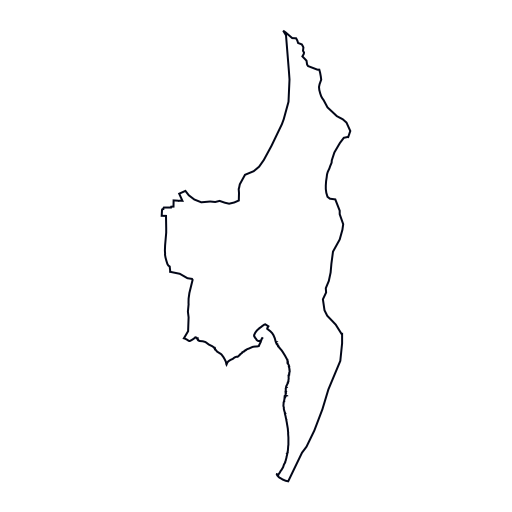 the district of Kotawaringin Barat, Kalimantan Tengah, Indonesia
{"feature_id": "22746128B93777795819955", "entity_name": "Kotawaringin Barat", "entity_type": "district", "adm_level": 2, "iso_a3": "IDN", "parent_name": "Indonesia", "parent_adm1": "Kalimantan Tengah", "projection": "orthographic", "projection_center": [111.727, -2.548], "detail": "fine", "context": "isolated", "style": "outline", "palette": "ink", "viewbox_px": 512, "rotation_deg": 0, "n_neighbors": 0, "source": "geoboundaries", "source_scale": "gbopen_adm2", "svg_char_len": 5761}
<svg xmlns="http://www.w3.org/2000/svg" viewBox="0 0 512 512"><path d="M288.2,481.3L302.0,452.7L306.5,446.7L314.3,430.6L322.4,409.3L328.4,389.4L340.3,360.9L342.1,343.3L342.1,333.9L341.6,334.0L335.7,324.6L327.2,315.7L324.5,310.3L322.9,299.3L326.1,292.5L325.8,288.2L328.8,281.0L330.6,272.6L331.4,263.7L333.0,251.6L339.7,239.5L342.4,229.8L343.2,224.2L339.7,214.2L339.7,210.7L335.3,199.4L329.9,198.7L327.5,196.8L326.3,192.8L325.8,189.0L325.8,185.4L326.1,181.1L326.7,177.2L327.0,174.6L327.3,173.4L327.8,171.8L329.4,168.4L330.1,166.3L331.6,162.7L331.8,160.3L334.4,152.4L339.9,143.0L343.8,137.8L347.6,137.0L348.2,137.1L350.3,131.0L346.5,122.6L342.8,119.3L336.9,116.2L327.5,107.4L323.6,100.1L322.3,98.3L321.2,96.3L320.2,93.4L319.3,90.0L319.0,87.0L319.6,84.1L321.2,79.7L320.8,76.5L320.1,72.7L319.3,69.7L317.5,69.7L308.1,66.1L307.1,64.6L306.5,60.7L302.4,56.4L303.8,53.9L304.0,52.5L303.0,50.8L303.4,47.5L303.0,46.5L301.8,44.4L298.1,43.0L297.3,40.5L296.1,38.3L292.2,38.1L285.7,32.5L283.2,30.7L286.0,35.3L288.9,71.1L289.5,79.5L288.5,101.8L283.7,119.3L281.9,124.2L271.4,146.0L263.8,160.0L259.1,166.7L253.7,171.2L245.0,174.8L239.8,184.3L239.2,187.3L238.7,189.1L239.0,193.1L238.8,200.5L234.2,202.5L229.1,203.7L224.8,202.7L219.6,200.9L215.2,202.0L210.2,201.5L201.3,202.3L194.3,199.5L188.8,195.3L185.4,190.9L179.2,193.7L182.4,200.8L180.1,200.7L178.5,200.9L178.1,200.7L173.6,200.4L173.5,206.6L171.2,206.7L171.0,207.5L163.9,207.5L163.3,208.5L163.3,209.1L162.3,209.3L162.0,210.0L161.7,215.8L166.0,215.9L166.2,228.2L166.2,232.8L165.1,245.3L164.9,250.6L165.1,253.7L165.0,254.7L165.5,257.5L166.3,260.5L167.2,263.4L167.6,264.4L168.4,265.6L169.7,266.5L170.2,271.1L170.1,271.8L179.8,273.8L187.4,278.2L192.0,278.9L192.6,279.9L189.4,292.9L188.6,298.6L188.5,303.2L188.6,304.2L187.9,311.6L188.6,317.4L188.1,331.2L183.9,338.3L184.9,338.6L186.7,339.5L188.7,340.8L189.3,341.0L189.8,341.0L191.4,340.2L193.5,338.9L195.1,337.6L195.3,337.3L195.6,337.3L196.5,337.7L196.7,338.2L196.9,338.3L197.3,338.3L197.1,338.7L197.6,338.9L198.0,339.2L198.2,339.6L198.0,340.1L198.4,340.5L199.6,341.0L202.9,341.3L205.3,342.0L206.1,342.5L208.9,344.6L212.2,346.2L213.5,347.1L214.1,347.7L214.3,347.7L214.3,348.0L214.6,348.2L214.6,348.3L214.7,348.6L214.8,348.9L215.0,348.8L215.0,349.2L215.2,349.3L215.3,349.7L215.7,349.9L217.1,351.6L220.6,353.8L221.3,354.3L221.8,354.9L223.5,357.2L224.8,359.5L225.8,361.6L226.3,363.7L226.4,364.4L226.5,364.6L227.2,362.9L227.7,362.1L228.3,361.4L229.1,360.8L230.7,359.8L232.1,359.2L233.2,358.6L233.8,358.0L235.1,357.2L236.7,356.7L237.4,356.8L237.6,356.6L238.1,356.5L239.6,355.0L239.7,354.8L240.0,354.7L240.1,354.4L240.4,354.1L241.3,353.5L241.7,353.2L242.2,352.7L242.2,352.4L243.2,351.8L243.9,351.6L244.6,350.9L245.3,350.5L245.2,350.4L245.4,350.3L245.6,350.1L246.6,349.5L247.6,349.0L248.8,348.6L250.8,347.7L252.6,346.9L254.3,346.6L257.6,346.4L258.9,346.0L259.1,345.6L259.2,344.9L259.9,343.7L260.1,343.2L260.7,342.0L260.6,341.9L260.4,342.4L261.9,338.6L262.6,337.8L262.7,337.5L261.9,338.4L261.7,339.0L260.7,340.9L260.3,340.9L259.9,340.8L259.6,341.0L259.1,341.1L258.4,341.0L257.6,340.7L256.6,339.9L255.9,338.6L255.0,337.7L254.7,337.1L254.7,336.9L254.4,336.6L254.4,336.3L254.1,336.0L254.1,335.1L255.3,332.6L256.8,330.6L257.7,329.7L259.0,328.6L259.1,328.4L259.4,328.3L259.7,327.9L260.0,327.8L260.6,327.3L261.4,326.8L261.9,326.3L264.0,324.8L265.2,324.3L268.4,326.3L267.3,328.1L267.2,328.5L267.2,328.8L270.4,331.3L272.3,333.3L272.8,334.1L272.9,334.4L273.4,335.0L274.8,338.3L275.7,341.7L275.9,342.1L276.0,342.1L275.9,342.2L276.0,342.5L276.5,343.5L276.7,343.8L276.9,343.9L276.8,344.0L277.0,344.2L277.0,344.4L277.7,345.0L277.7,345.3L278.1,345.8L278.1,346.2L278.3,346.2L278.3,346.4L278.4,346.5L278.6,346.7L278.9,347.1L279.2,347.4L279.3,347.7L280.1,348.5L280.4,349.0L281.2,349.8L282.5,351.6L285.1,355.8L287.1,359.5L287.5,360.8L287.4,361.0L287.6,360.8L287.7,361.3L287.8,361.6L287.7,361.7L287.8,361.8L287.6,362.2L287.8,362.4L287.5,362.8L287.5,363.1L287.7,363.4L287.8,363.4L287.8,363.6L288.1,363.8L288.2,364.1L288.5,364.5L289.2,366.3L288.9,366.6L289.0,366.8L288.9,366.9L289.3,368.0L289.3,368.6L289.3,368.8L289.5,369.1L289.4,369.3L289.5,369.5L289.5,369.8L289.6,370.2L289.5,370.6L289.6,370.8L289.6,371.2L289.7,371.3L289.4,372.7L289.1,373.1L289.3,373.6L289.0,374.5L289.2,374.9L288.8,375.4L288.5,375.5L288.5,375.9L288.7,376.3L288.6,377.3L288.6,377.5L288.7,378.5L288.6,379.2L288.4,380.5L288.4,381.5L288.2,381.6L288.0,382.4L287.8,382.5L287.9,382.9L287.7,383.0L287.2,384.4L286.2,386.3L286.1,387.0L286.3,387.2L286.4,387.3L286.1,387.4L286.0,387.7L285.7,388.7L285.8,389.7L285.7,390.5L285.9,391.0L285.7,391.0L285.6,391.3L285.8,391.4L285.8,391.7L285.6,391.8L285.6,392.1L285.7,392.4L285.9,392.5L286.0,393.0L285.6,393.2L285.7,394.0L285.6,394.6L285.4,395.3L285.4,395.6L285.6,395.8L285.3,395.5L285.1,395.7L285.7,396.0L285.5,396.5L285.3,396.2L285.1,396.1L284.8,396.2L285.1,396.0L284.8,396.0L285.2,395.9L284.9,395.8L284.7,396.0L284.4,399.3L284.0,401.3L284.1,401.5L283.9,401.6L283.6,402.4L283.6,403.1L283.4,405.9L283.9,407.8L283.8,408.6L284.0,409.7L284.6,411.9L285.1,413.0L284.9,413.0L284.8,412.5L284.9,413.7L285.6,416.4L285.8,417.6L286.3,419.7L286.4,419.8L286.3,420.0L286.8,422.6L287.1,424.5L287.3,425.6L287.8,428.6L288.1,432.3L288.2,432.6L288.2,432.9L288.1,433.6L288.4,437.5L288.4,444.9L288.2,446.0L287.9,450.4L287.5,452.4L287.6,452.6L287.4,452.9L287.5,452.9L287.4,453.2L286.9,455.6L286.5,457.0L286.5,457.5L286.0,459.3L285.8,459.9L285.8,460.3L285.1,462.1L285.2,462.4L284.5,463.6L284.0,464.4L283.1,467.2L281.5,469.9L280.7,470.9L280.2,471.8L279.7,472.7L278.2,474.8L278.2,475.1L277.8,474.8L277.7,474.8L277.2,474.7L277.2,474.3L276.9,474.2L276.8,474.5L277.5,475.7L278.9,477.2L279.7,477.8L280.2,478.0L282.5,479.4L283.2,479.8L283.6,479.8L284.0,480.1L285.8,480.8L288.2,481.3Z" fill="none" stroke="#020617" stroke-width="2"/></svg>